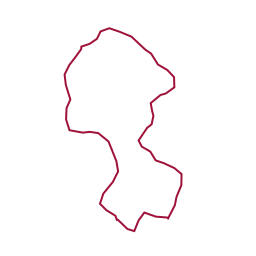 the district of Tomelilla, Skåne, Sweden, rotated 165°
{"feature_id": "70781695B70463852837114", "entity_name": "Tomelilla", "entity_type": "district", "adm_level": 2, "iso_a3": "SWE", "parent_name": "Sweden", "parent_adm1": "Skåne", "projection": "albers", "projection_center": [14.031, 55.651], "detail": "fine", "context": "isolated", "style": "outline", "palette": "rose", "viewbox_px": 256, "rotation_deg": 165, "n_neighbors": 0, "source": "geoboundaries", "source_scale": "gbopen_adm2", "svg_char_len": 870}
<svg xmlns="http://www.w3.org/2000/svg" viewBox="0 0 256 256"><g transform="rotate(165 128 128)"><path d="M112.7,30.3L102.7,41.3L101.8,43.2L98.9,49.0L91.3,58.9L88.2,69.6L93.5,77.2L102.7,84.9L109.6,89.5L112.6,99.5L119.5,106.4L121.0,113.2L109.5,123.2L104.2,125.5L100.3,133.2L100.3,138.5L99.6,146.2L88.0,151.5L82.7,151.5L72.7,155.3L70.4,165.1L70.4,165.3L75.0,173.8L82.6,181.5L86.4,193.8L91.0,199.2L101.0,215.3L111.0,223.0L120.2,229.2L129.5,228.4L134.9,222.2L143.3,219.2L152.0,218.7L152.8,216.3L160.7,209.9L168.5,203.9L175.4,196.1L176.9,185.7L176.3,170.5L182.2,163.1L185.6,152.3L185.1,141.0L172.8,135.2L166.0,134.2L158.1,130.8L150.3,120.0L147.8,98.9L148.8,88.6L156.6,79.8L168.8,71.0L174.7,62.1L170.2,54.3L162.9,46.5L162.5,42.1L161.6,42.1L154.7,30.6L148.6,26.8L141.7,36.0L134.1,42.1L124.1,35.2L113.4,31.4L112.7,30.3Z" fill="none" stroke="#9f1239" stroke-width="2"/></g></svg>